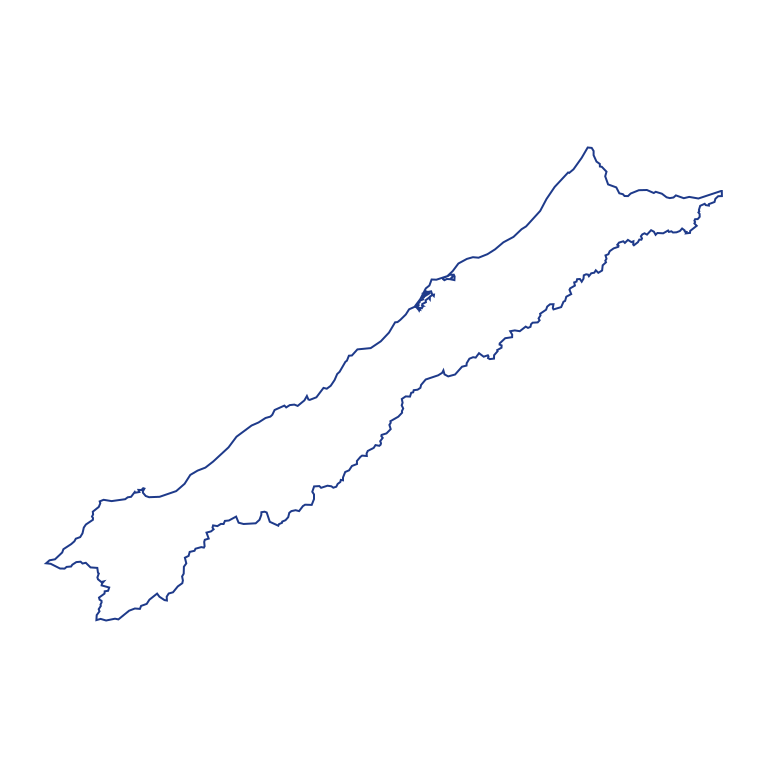 outline of Westland District, West Coast, New Zealand
{"feature_id": "76426892B53697269366586", "entity_name": "Westland District", "entity_type": "district", "adm_level": 2, "iso_a3": "NZL", "parent_name": "New Zealand", "parent_adm1": "West Coast", "projection": "orthographic", "projection_center": [170.002, -43.529], "detail": "fine", "context": "isolated", "style": "outline", "palette": "blue", "viewbox_px": 768, "rotation_deg": 0, "n_neighbors": 0, "source": "geoboundaries", "source_scale": "gbopen_adm2", "svg_char_len": 6089}
<svg xmlns="http://www.w3.org/2000/svg" viewBox="0 0 768 768"><path d="M587.7,147.5L581.7,157.8L573.5,169.3L569.2,172.9L568.1,172.5L554.7,186.9L546.5,199.0L540.2,210.9L526.1,226.4L521.6,229.2L513.5,236.9L503.4,242.3L495.0,249.4L487.4,254.2L478.6,257.7L472.9,257.2L466.9,258.9L458.4,263.5L452.7,271.1L447.4,276.1L436.4,279.7L431.6,279.5L429.4,285.5L425.8,288.4L420.3,299.1L414.9,306.3L419.6,302.2L419.7,300.7L423.1,299.4L422.4,297.5L423.2,297.3L422.9,295.4L424.2,296.7L425.0,294.7L424.0,293.3L426.5,293.4L425.3,292.5L425.1,291.0L426.2,291.4L425.5,292.4L431.1,291.3L432.3,294.8L434.0,294.6L433.8,296.0L432.8,295.0L431.7,295.4L429.9,296.7L429.8,299.3L428.7,297.9L425.6,300.3L425.9,302.2L422.3,304.0L422.2,305.3L423.1,305.9L422.2,306.0L422.6,307.0L421.8,308.3L419.3,307.8L419.9,309.4L418.8,308.9L419.2,309.7L419.3,310.4L419.2,310.6L418.6,309.4L418.0,310.2L418.5,308.4L417.5,308.1L417.4,309.0L417.1,307.6L414.9,306.7L409.1,309.3L405.8,314.5L400.3,319.9L397.5,322.1L395.1,322.3L389.0,332.6L380.8,341.3L370.7,348.1L357.4,349.4L351.9,355.5L348.9,355.7L346.9,360.7L345.4,361.8L339.6,371.8L337.2,374.0L334.6,380.0L330.7,385.8L326.8,388.7L323.5,387.9L316.4,397.3L309.7,399.9L308.4,399.5L306.9,396.0L304.4,400.4L297.7,405.9L294.3,404.6L289.8,405.1L286.2,407.4L284.4,405.6L274.6,410.0L272.3,414.8L270.4,416.6L265.5,418.0L258.5,422.5L251.6,425.5L236.5,436.7L228.5,447.4L213.1,461.6L205.4,467.6L197.6,470.6L190.3,474.9L184.6,483.8L176.2,491.1L159.6,496.8L149.1,497.2L145.7,496.0L143.0,492.8L142.8,491.5L144.4,488.6L143.2,488.2L141.4,490.0L138.5,489.9L139.4,492.0L135.3,492.7L134.8,491.9L131.1,496.8L127.7,497.3L125.2,499.2L111.6,501.1L103.6,499.8L99.7,501.4L100.3,503.2L98.8,506.9L92.8,511.7L93.1,514.5L92.0,516.6L93.0,518.0L92.9,519.8L85.9,524.5L83.8,527.6L82.5,533.3L80.2,537.1L75.8,538.7L74.4,541.3L71.2,544.1L63.4,549.2L62.2,552.5L55.0,559.3L49.5,560.3L46.1,563.3L50.7,563.8L60.0,568.5L64.6,568.6L66.6,566.9L71.1,566.5L72.3,564.7L76.3,562.1L80.6,561.7L82.5,563.5L85.8,562.8L90.5,567.4L97.3,567.9L98.0,572.8L98.8,573.5L97.4,577.4L98.0,579.3L101.3,582.0L103.8,581.4L102.0,583.5L101.6,585.4L109.2,587.5L108.1,590.8L104.7,591.3L104.5,593.6L99.0,597.6L99.6,599.7L101.5,600.8L101.6,602.4L100.5,604.6L100.8,606.0L98.7,609.2L99.5,611.3L96.7,615.1L96.4,620.1L100.6,618.9L106.1,620.5L115.0,618.7L118.4,619.4L129.1,610.7L134.9,608.5L139.9,608.9L141.1,605.9L146.7,603.9L149.4,599.7L157.1,593.6L159.4,596.7L164.5,600.1L166.9,600.5L166.7,596.7L168.7,593.5L173.0,592.3L177.8,586.4L182.3,583.2L182.9,580.5L182.1,576.4L183.7,573.7L183.9,566.7L186.3,563.4L184.9,557.7L188.6,555.9L189.7,551.9L194.5,550.8L195.5,548.7L201.3,547.1L203.9,547.6L204.6,546.3L204.2,541.9L204.8,539.8L208.7,538.6L206.5,532.6L211.0,531.4L213.6,529.3L212.5,527.6L213.1,525.4L217.4,526.1L220.9,523.9L223.6,524.0L224.9,520.9L228.9,520.5L236.1,516.6L238.6,522.7L243.6,524.0L255.7,523.3L259.5,519.8L261.3,514.9L261.4,512.2L264.6,511.7L266.7,512.5L269.8,521.8L278.3,525.7L278.9,524.2L282.0,522.8L282.2,521.6L285.5,520.2L288.2,517.2L289.3,512.8L291.4,511.1L295.6,510.2L299.1,511.1L302.9,506.1L305.1,504.7L311.7,504.9L314.0,499.1L314.0,494.4L312.3,491.8L314.1,486.4L319.4,486.1L321.1,487.8L327.5,485.7L331.4,486.3L333.3,487.7L336.3,486.7L337.7,483.9L340.3,482.0L340.8,479.9L343.0,480.3L343.0,477.5L345.2,472.0L349.1,470.3L351.9,466.0L357.0,464.0L356.9,461.0L360.5,456.8L362.1,455.6L366.8,456.0L366.6,453.4L367.8,450.9L373.7,447.9L375.5,445.1L379.3,445.8L380.6,444.7L381.0,443.2L380.2,441.2L382.7,437.9L381.3,436.1L381.6,434.9L386.5,433.4L390.7,429.1L389.4,424.9L390.7,422.8L390.4,421.2L398.3,416.7L402.1,412.7L401.9,411.1L403.2,408.5L401.7,405.3L402.6,402.8L401.8,399.0L405.7,396.4L410.0,396.6L411.2,392.8L413.2,392.3L413.7,390.2L417.6,389.7L420.4,387.8L421.1,384.9L425.7,379.5L438.2,375.3L442.2,372.8L443.4,370.4L444.5,374.4L448.2,376.4L455.1,374.5L462.0,366.7L466.5,365.6L466.7,363.2L469.4,358.7L473.1,357.2L475.7,357.6L479.0,353.2L483.7,356.7L487.9,355.3L488.5,356.4L488.0,358.1L489.8,359.1L494.0,358.6L494.1,355.2L497.6,351.2L497.2,350.1L501.5,347.7L501.6,345.4L499.6,344.6L499.7,343.4L505.2,338.2L512.1,337.2L512.2,334.7L510.2,331.2L514.8,330.4L519.8,331.2L525.7,326.6L528.0,327.9L530.5,326.8L531.0,324.3L532.6,322.7L537.7,322.4L539.6,320.3L538.6,318.4L540.5,315.4L540.1,313.8L546.1,309.7L547.2,306.6L550.0,304.3L553.5,304.2L552.8,308.0L553.5,309.4L561.2,307.1L563.5,301.7L565.1,300.9L566.3,296.7L571.2,294.1L569.5,289.8L570.2,288.3L574.9,285.6L574.2,282.4L576.5,281.6L577.1,279.2L579.9,279.0L581.7,281.7L583.5,278.7L583.8,275.3L586.1,274.3L588.0,274.6L588.9,276.2L591.2,273.3L594.3,272.7L595.8,270.3L598.3,272.8L602.1,270.5L602.7,265.3L606.0,262.3L605.3,260.7L606.5,258.8L605.5,255.4L608.4,254.2L609.7,251.2L613.6,248.4L618.3,246.8L618.5,245.6L617.3,244.8L619.0,242.6L623.3,241.3L624.9,242.9L627.9,239.9L631.4,242.1L633.4,241.3L633.2,244.6L633.9,245.3L637.9,242.2L639.3,239.6L641.4,239.7L642.0,238.4L640.9,236.3L642.3,234.4L644.5,233.3L647.0,234.6L651.1,230.2L653.9,231.7L655.6,234.8L657.4,233.0L663.2,233.3L668.1,230.5L668.9,231.9L671.4,231.3L673.0,232.5L676.5,232.3L679.9,231.0L682.1,228.5L684.6,230.4L684.8,231.6L686.5,231.9L685.9,233.4L690.0,232.9L690.2,230.9L696.7,225.8L694.4,223.4L695.1,222.0L694.4,220.7L695.1,219.2L697.7,219.1L699.7,216.8L699.6,213.9L698.4,212.4L699.3,211.3L698.9,210.0L700.2,205.8L704.7,203.8L705.7,205.1L708.9,205.6L708.9,204.1L714.5,202.0L715.4,198.8L718.2,196.2L721.9,196.1L721.8,191.0L721.1,191.0L698.4,198.5L689.2,196.9L683.8,198.2L675.9,195.4L673.5,197.5L669.8,198.1L666.6,197.3L661.9,193.7L655.7,191.8L653.8,193.0L646.9,190.0L638.9,190.2L630.7,193.5L628.0,196.1L624.5,196.0L622.9,194.2L619.3,193.3L616.3,187.4L608.1,184.4L605.2,176.3L606.5,171.7L601.8,166.8L599.9,166.5L599.8,163.9L596.5,161.6L593.6,155.2L593.6,151.0L591.7,147.9L587.7,147.5ZM448.2,275.9L450.6,274.0L450.9,274.8L453.8,274.7L454.6,276.4L454.4,280.1L451.0,279.4L453.0,275.9L450.3,279.2L446.8,279.0L444.4,280.2L443.0,279.1L443.0,278.0L448.2,275.9ZM428.0,293.5L426.5,292.5L426.5,293.6L425.4,294.0L424.8,296.2L430.2,292.9L428.0,293.5ZM418.7,305.2L418.1,303.5L415.4,306.7L417.0,306.9L418.7,305.2Z" fill="none" stroke="#1e3a8a" stroke-width="2"/></svg>